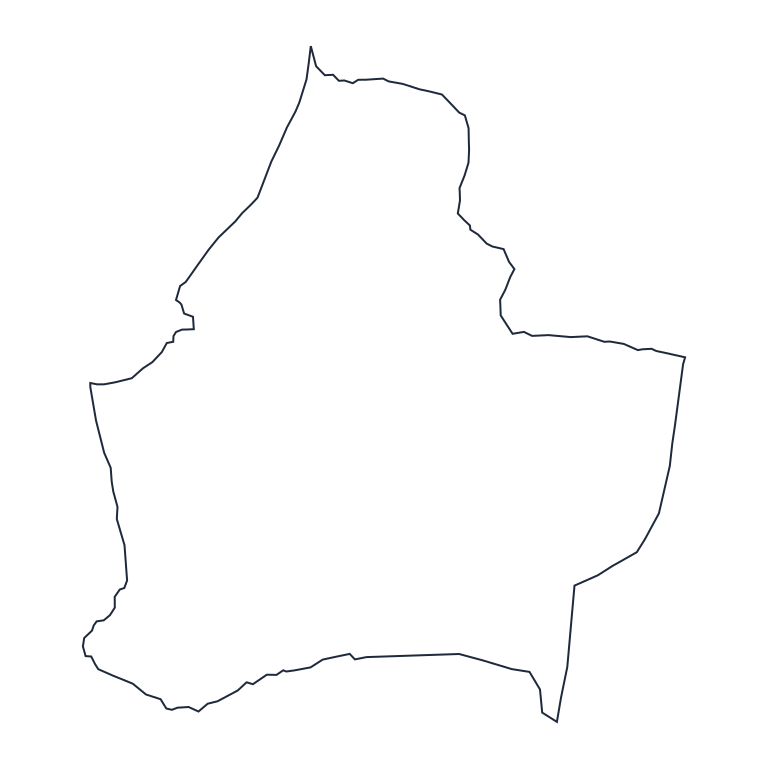 the district of Wamba, Nassarawa, Nigeria
{"feature_id": "59680162B37281482686762", "entity_name": "Wamba", "entity_type": "district", "adm_level": 2, "iso_a3": "NGA", "parent_name": "Nigeria", "parent_adm1": "Nassarawa", "projection": "robinson", "projection_center": [8.68, 9.001], "detail": "fine", "context": "isolated", "style": "outline", "palette": "slate", "viewbox_px": 768, "rotation_deg": 0, "n_neighbors": 0, "source": "geoboundaries", "source_scale": "gbopen_adm2", "svg_char_len": 2242}
<svg xmlns="http://www.w3.org/2000/svg" viewBox="0 0 768 768"><path d="M90.3,383.0L90.3,387.0L96.0,420.4L104.2,452.9L110.7,467.8L111.7,481.6L113.3,491.6L117.5,506.9L116.8,519.0L124.5,545.2L127.1,580.5L124.3,588.0L119.8,589.5L114.7,596.8L114.8,607.6L110.0,615.1L103.8,620.3L96.6,621.4L93.7,625.5L92.0,630.6L84.2,638.0L82.9,646.4L85.6,656.1L91.2,656.5L95.1,664.2L98.3,669.2L113.1,675.7L132.8,683.7L146.0,694.5L160.6,699.2L166.3,708.5L172.0,709.8L177.4,707.7L188.6,707.0L198.5,711.5L207.7,703.7L217.5,701.3L223.3,698.2L237.7,690.5L246.6,682.3L252.9,684.2L266.8,674.7L276.5,674.9L283.2,670.3L286.3,671.5L294.4,670.4L310.5,667.4L322.7,659.6L334.3,657.1L349.7,653.9L354.9,659.4L366.5,657.1L459.1,654.0L482.5,660.3L511.8,669.1L529.5,671.9L540.0,689.5L542.2,712.6L556.9,721.9L561.0,697.7L567.3,666.9L574.5,585.6L597.8,575.3L612.2,566.1L636.8,552.2L645.0,539.1L658.9,513.4L669.8,466.0L672.3,443.4L675.0,425.1L683.1,364.2L685.1,357.3L682.4,356.7L671.1,354.2L669.6,353.8L656.3,351.0L651.6,348.8L642.3,349.3L637.9,350.1L623.7,343.9L609.8,341.5L604.3,341.8L587.4,336.3L579.1,336.7L570.9,337.1L550.5,335.3L548.6,335.1L532.1,335.9L523.9,331.9L512.6,333.8L506.6,324.6L500.7,315.4L500.5,309.2L500.1,299.7L505.2,290.0L507.7,283.6L510.2,277.1L514.4,269.1L509.0,261.8L506.1,255.0L503.6,249.1L492.4,246.5L486.7,243.6L483.8,240.6L478.1,234.6L470.4,229.7L469.9,225.5L463.6,219.6L463.0,218.9L457.8,213.5L460.0,200.4L459.7,191.3L459.5,188.2L464.6,175.4L468.5,162.7L469.1,149.9L468.8,140.5L468.6,128.2L465.6,118.0L464.9,115.4L459.2,112.6L450.6,103.5L441.9,94.5L437.9,93.5L428.1,91.1L419.5,89.3L402.7,83.9L388.7,81.4L383.1,78.6L366.2,79.7L358.2,79.8L352.8,83.2L344.4,80.5L338.9,80.8L333.1,74.8L324.8,75.2L319.0,69.2L316.1,66.2L310.8,46.1L308.7,63.4L306.5,79.4L299.3,102.6L295.5,111.5L286.9,127.5L279.1,145.6L271.3,161.6L262.6,184.4L257.5,197.7L251.3,204.3L242.0,213.3L235.3,221.4L218.6,237.4L208.5,249.9L197.5,265.3L189.7,276.4L185.7,282.0L180.1,286.0L176.0,300.0L179.6,302.5L181.4,304.5L184.1,313.5L193.0,316.8L193.8,329.2L186.9,329.5L182.0,329.6L176.0,332.0L173.5,336.1L173.2,341.8L166.8,343.0L161.8,352.1L152.4,362.1L143.1,368.2L137.2,373.4L131.8,378.2L115.2,382.3L109.2,383.4L104.2,384.3L96.9,384.3L90.3,383.0Z" fill="none" stroke="#1e293b" stroke-width="2"/></svg>